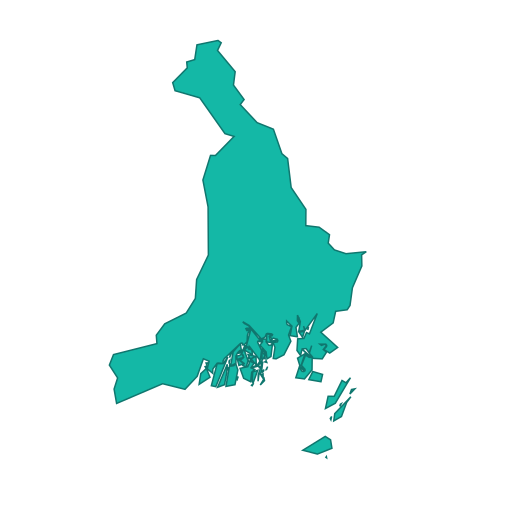 the district of Bulungan, Kalimantan Timur, Indonesia, rotated 111°
{"feature_id": "22746128B10941975158621", "entity_name": "Bulungan", "entity_type": "district", "adm_level": 2, "iso_a3": "IDN", "parent_name": "Indonesia", "parent_adm1": "Kalimantan Timur", "projection": "orthographic", "projection_center": [117.459, 2.847], "detail": "fine", "context": "isolated", "style": "filled", "palette": "teal", "viewbox_px": 512, "rotation_deg": 111, "n_neighbors": 0, "source": "geoboundaries", "source_scale": "gbopen_adm2", "svg_char_len": 6141}
<svg xmlns="http://www.w3.org/2000/svg" viewBox="0 0 512 512"><g transform="rotate(111 256 256)"><path d="M443.6,333.3L408.7,297.4L405.9,274.5L389.4,267.8L370.8,268.3L371.0,262.1L378.8,261.1L381.0,254.4L377.1,255.8L370.1,253.9L369.5,253.1L368.1,248.1L366.0,249.2L363.1,248.8L343.8,239.5L342.5,238.3L342.3,237.7L342.5,237.0L343.8,236.8L343.4,235.3L339.2,233.6L333.1,235.6L330.4,235.8L328.2,234.7L328.8,238.0L327.4,239.4L325.2,235.6L323.8,237.7L323.2,242.6L322.5,244.2L322.2,244.1L323.3,237.5L331.5,221.2L328.4,218.5L325.0,218.4L324.2,217.6L323.1,213.7L323.4,212.4L324.7,212.4L326.1,214.5L327.5,211.6L330.2,211.9L326.5,210.5L326.1,206.2L327.3,205.2L328.7,205.4L330.6,209.1L334.6,205.5L345.5,203.2L344.8,200.4L338.2,194.5L323.1,192.9L318.1,197.3L309.3,197.5L308.9,202.3L307.6,203.4L305.7,204.1L308.6,197.3L318.1,195.6L316.6,188.4L308.3,193.1L303.1,191.6L302.3,193.4L301.5,194.2L296.3,196.1L301.3,191.1L311.1,189.1L307.8,183.9L304.4,186.5L307.6,183.5L287.7,178.2L309.5,178.2L309.4,181.4L315.8,181.7L318.4,187.4L329.5,183.9L332.9,178.8L326.1,179.6L324.5,176.0L327.3,171.7L319.7,171.9L327.7,171.3L330.0,167.1L331.2,166.3L328.3,157.3L320.5,155.7L319.2,159.7L314.4,158.2L313.6,160.1L316.0,162.8L315.4,164.8L313.3,159.2L314.0,158.0L315.4,157.7L319.0,159.2L320.2,152.4L312.1,147.0L303.9,168.2L290.8,160.0L279.1,161.8L273.5,151.6L268.5,150.5L251.1,154.6L227.4,153.6L217.1,157.8L212.5,154.6L221.6,172.8L222.2,185.0L218.1,193.2L209.8,195.0L206.5,207.4L209.8,220.4L194.6,226.1L179.5,247.7L153.7,261.4L151.2,268.5L131.4,285.2L131.1,302.8L120.3,325.0L114.2,323.2L104.5,338.3L91.4,341.5L77.9,365.6L69.4,364.9L68.4,368.7L80.0,386.8L94.6,383.6L99.7,390.2L105.0,387.6L124.0,395.9L130.7,390.8L128.5,365.2L152.9,328.8L152.2,319.3L176.7,329.9L178.4,334.5L204.1,332.8L227.4,318.3L272.2,300.8L299.2,303.0L317.4,297.4L334.3,300.7L352.0,316.9L365.7,320.7L373.3,317.1L399.1,353.7L410.4,353.8L419.4,341.5L431.1,340.8L443.6,333.3ZM418.9,127.7L408.3,116.2L400.9,120.5L399.6,126.7L420.6,142.7L418.9,127.7ZM357.9,214.3L350.5,215.0L342.1,217.0L336.1,223.5L335.2,223.8L334.7,223.6L333.5,221.6L325.7,235.0L327.3,236.1L327.5,234.8L328.5,234.3L345.1,232.6L343.8,231.5L343.9,230.6L343.0,230.0L342.9,229.6L343.0,229.3L351.6,215.5L353.5,214.7L357.2,215.8L362.1,220.2L357.9,214.3ZM365.1,129.2L335.8,124.2L342.1,126.6L341.4,131.1L359.0,132.7L361.1,138.4L373.5,136.5L365.1,129.2ZM342.2,162.9L330.6,167.2L331.6,170.0L330.8,174.2L341.8,174.4L344.2,169.7L345.5,169.1L346.8,170.0L347.2,171.7L344.4,175.8L355.4,175.2L353.4,166.7L342.2,162.9ZM392.4,246.7L360.4,246.1L368.3,248.1L370.4,253.7L393.1,251.2L392.4,246.7ZM383.7,229.5L368.9,232.1L363.8,236.3L366.3,237.3L367.8,239.9L367.8,240.6L365.6,241.8L388.5,237.3L383.7,229.5ZM344.5,206.0L331.4,209.3L333.9,210.1L334.8,212.1L332.5,215.8L329.8,216.5L331.8,221.1L331.5,223.9L332.8,219.5L333.8,219.1L337.8,220.3L342.0,212.1L348.1,208.9L344.5,206.0ZM375.3,216.0L366.0,218.4L362.4,216.5L362.2,220.6L356.5,219.4L356.7,221.6L355.8,223.2L354.7,223.7L362.3,224.0L366.6,230.6L374.6,223.7L375.3,216.0ZM375.2,118.7L360.3,118.9L353.4,117.0L374.9,126.0L382.1,124.3L375.2,118.7ZM350.1,150.3L342.7,151.4L343.5,161.6L352.5,162.4L350.1,150.3ZM396.2,263.1L385.7,255.5L378.7,262.0L385.6,265.4L396.2,263.1ZM349.4,235.8L343.7,239.2L353.6,243.0L367.7,240.3L363.3,236.3L356.6,238.9L352.9,238.5L350.1,237.3L349.4,235.8ZM387.5,239.3L376.0,241.4L367.4,244.0L392.3,244.8L387.5,239.3ZM342.9,234.3L348.3,234.5L348.4,234.2L348.8,234.1L352.1,234.4L353.1,232.5L355.1,231.1L358.1,232.7L358.6,235.1L360.5,228.6L363.0,229.0L363.0,225.4L356.7,225.9L347.8,233.4L342.9,234.3ZM331.3,210.1L326.7,205.9L330.5,211.9L326.5,214.7L325.1,214.4L323.7,212.7L324.9,218.0L332.3,215.4L331.3,210.1ZM343.9,174.8L346.0,169.6L341.7,174.7L329.7,175.3L336.5,180.6L343.9,174.8ZM365.4,217.5L374.7,214.5L375.4,213.2L362.1,213.4L365.4,217.5ZM361.1,209.6L352.0,211.9L365.1,211.4L364.5,209.6L361.1,209.6ZM356.4,238.3L364.3,232.7L361.0,228.8L359.1,235.0L358.0,235.2L355.1,231.3L352.3,234.3L353.3,234.6L355.0,236.0L356.4,238.3ZM357.6,216.7L349.6,220.1L353.8,223.7L357.6,216.7ZM347.9,233.1L349.6,223.8L345.0,226.4L345.6,229.3L343.9,231.4L347.9,233.1ZM328.9,174.3L331.2,170.7L330.4,168.8L326.5,179.3L328.9,174.3ZM351.6,213.0L345.8,211.9L342.9,216.1L351.6,213.0ZM311.7,188.5L315.2,183.4L309.1,183.8L311.7,188.5ZM374.9,205.8L369.3,203.4L367.6,204.5L374.9,205.8ZM346.4,119.0L351.2,118.9L344.6,116.1L346.4,119.0ZM354.2,224.4L350.9,221.5L350.0,221.7L350.9,228.1L354.2,224.4ZM366.2,211.3L372.2,209.2L365.7,210.8L366.2,211.3ZM365.3,208.8L367.8,205.4L363.5,207.2L365.3,208.8ZM353.7,238.5L351.9,235.6L349.9,235.8L353.7,238.5ZM335.0,223.6L334.1,219.5L332.9,219.8L335.0,223.6ZM378.5,213.1L375.6,212.6L378.3,213.9L378.5,213.1ZM378.3,229.3L374.9,229.4L377.9,230.2L378.3,229.3ZM356.0,244.8L360.4,244.3L355.5,244.1L356.0,244.8ZM373.8,264.3L374.9,263.3L373.0,262.6L373.8,264.3ZM351.7,209.8L351.5,207.8L350.2,209.0L351.7,209.8ZM377.5,263.9L378.5,262.7L376.5,262.7L377.5,263.9ZM300.9,193.3L302.2,193.1L302.7,191.2L299.7,192.9L300.9,193.3ZM354.8,212.7L351.8,213.6L355.2,213.3L354.8,212.7ZM343.0,229.7L345.2,228.8L344.2,227.9L343.0,229.7ZM362.8,208.6L360.7,207.7L359.2,208.0L362.8,208.6ZM358.2,205.5L355.1,205.5L358.4,205.8L358.2,205.5ZM363.7,243.5L366.2,242.6L362.8,243.1L363.7,243.5ZM348.9,234.2L349.8,235.4L352.1,234.6L348.9,234.2ZM342.5,212.2L343.5,213.3L345.0,211.7L342.5,212.2ZM326.7,238.1L328.5,237.5L327.2,236.4L326.7,238.1ZM364.1,124.1L366.3,123.9L363.4,123.5L364.1,124.1ZM358.5,213.5L359.5,212.5L358.0,213.1L358.5,213.5ZM353.0,226.5L354.1,226.6L354.8,225.2L353.0,226.5ZM371.4,242.5L373.2,241.7L369.7,242.4L371.4,242.5ZM381.1,128.4L382.0,127.4L378.7,127.9L381.1,128.4ZM341.0,215.1L342.2,215.1L342.3,214.1L341.0,215.1ZM346.7,215.8L348.9,214.2L345.7,215.7L346.7,215.8ZM348.7,211.4L348.7,210.6L347.0,211.3L348.7,211.4ZM299.8,194.1L300.8,193.5L299.2,193.5L299.8,194.1ZM355.8,225.2L356.7,225.5L356.9,225.2L355.8,225.2ZM342.4,216.3L342.3,214.9L341.1,216.7L342.4,216.3ZM328.9,174.6L330.3,174.0L330.0,173.5L328.9,174.6ZM419.1,117.8L418.1,118.4L418.9,118.6L419.1,117.8ZM304.6,181.5L306.6,181.1L304.5,181.4L304.6,181.5ZM352.3,234.9L353.0,234.6L352.2,234.6L352.3,234.9Z" fill="#14b8a6" stroke="#0f766e" stroke-width="1.5"/></g></svg>